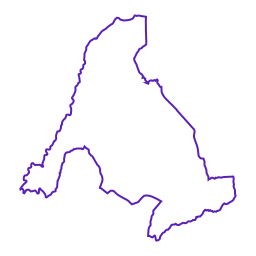 Las Naves, Bolivar, Ecuador (Equal Earth projection)
{"feature_id": "8360857B91548183775904", "entity_name": "Las Naves", "entity_type": "district", "adm_level": 2, "iso_a3": "ECU", "parent_name": "Ecuador", "parent_adm1": "Bolivar", "projection": "equal_earth", "projection_center": [-79.297, -1.282], "detail": "fine", "context": "isolated", "style": "outline", "palette": "violet", "viewbox_px": 256, "rotation_deg": 0, "n_neighbors": 0, "source": "geoboundaries", "source_scale": "gbopen_adm2", "svg_char_len": 5744}
<svg xmlns="http://www.w3.org/2000/svg" viewBox="0 0 256 256"><path d="M164.6,232.1L165.5,230.7L166.4,229.9L168.5,229.5L168.9,228.5L169.6,228.1L171.2,225.3L171.7,224.9L173.2,224.5L174.6,224.6L175.6,223.8L176.0,224.0L176.9,224.8L178.3,225.1L179.8,224.6L181.8,223.4L183.0,222.9L184.0,222.9L185.0,223.2L186.2,223.1L188.0,221.5L188.5,221.3L190.4,221.5L191.6,221.0L193.0,220.0L195.0,220.0L196.3,218.1L196.2,217.1L196.3,216.9L196.7,216.8L197.8,217.0L198.7,216.4L200.1,216.5L202.5,214.0L203.8,211.1L205.2,209.8L205.5,209.8L206.2,210.5L208.0,209.9L208.5,210.7L209.0,210.9L209.4,210.8L210.0,210.2L210.4,210.2L211.3,211.1L212.4,211.1L213.1,211.9L214.5,211.4L216.1,211.7L216.5,211.2L218.7,210.6L220.4,209.6L220.4,209.2L221.3,207.4L222.8,204.8L224.0,203.6L224.4,203.4L225.5,204.1L226.2,204.2L228.2,203.4L229.1,202.7L232.5,200.8L233.2,200.0L235.6,195.8L235.0,194.0L235.0,190.2L233.8,187.2L233.6,186.2L233.6,185.6L234.1,184.4L233.4,182.2L233.5,180.4L233.7,179.2L233.5,177.3L233.3,176.6L224.0,177.0L221.1,177.6L218.4,177.2L217.0,177.9L215.6,177.7L215.2,178.4L214.8,178.7L212.7,177.8L211.9,177.7L210.9,178.1L210.5,178.6L209.1,179.1L208.5,179.6L208.4,176.7L206.9,173.8L206.5,172.2L206.4,170.2L205.4,167.1L204.5,165.3L204.5,161.4L203.5,158.7L200.6,158.3L199.7,157.4L198.6,155.8L197.9,149.7L197.4,147.1L196.5,144.3L194.1,137.6L194.0,136.4L194.0,135.3L194.6,131.9L194.5,131.0L194.3,130.0L193.9,129.3L176.8,110.2L176.5,109.5L171.7,104.6L169.8,102.8L168.0,100.9L167.1,100.1L164.6,97.4L163.3,95.5L161.9,92.8L161.6,91.5L161.4,86.9L160.6,86.9L159.9,86.6L159.4,85.9L158.8,84.7L157.3,82.9L157.3,81.9L157.7,80.6L157.4,79.6L157.0,79.5L156.6,79.7L155.3,80.8L154.5,80.1L152.8,80.8L151.3,80.4L150.0,80.6L149.4,81.1L149.1,81.5L148.1,82.0L148.4,83.4L148.2,83.7L146.3,82.9L147.0,82.8L147.3,82.2L145.4,80.4L145.1,79.5L145.3,78.7L144.5,78.3L143.9,77.4L142.6,77.8L142.9,76.2L142.7,75.5L142.1,74.7L139.9,73.0L139.3,72.3L138.1,69.2L136.3,64.0L135.7,63.1L134.5,60.6L134.1,58.3L134.9,57.2L136.9,52.9L138.1,51.6L139.1,49.5L139.9,48.7L141.1,48.4L141.9,47.8L142.7,46.9L145.9,44.8L146.2,44.3L146.3,41.4L145.9,30.0L145.9,26.7L145.8,21.7L146.0,16.8L142.4,16.2L141.2,16.2L140.2,15.7L138.7,15.6L136.4,15.9L135.3,15.4L134.6,15.7L133.5,17.5L132.7,18.6L129.6,19.9L125.4,20.4L123.2,20.4L121.1,19.8L120.3,19.5L119.0,18.2L117.0,17.7L115.2,19.3L114.2,21.0L113.4,22.7L112.3,23.9L111.6,24.2L108.4,26.4L105.6,28.9L102.8,30.6L101.6,31.6L98.0,36.2L97.1,38.0L96.6,38.6L96.0,38.5L95.7,38.7L95.2,38.3L94.7,38.3L93.5,39.2L91.0,40.5L90.1,41.3L88.7,43.3L88.3,44.2L86.3,47.1L86.2,49.8L84.7,53.3L84.4,54.5L84.5,56.1L84.1,59.7L84.3,60.4L84.6,60.6L84.9,61.1L85.2,63.1L85.0,63.6L83.3,65.0L83.2,67.3L82.9,68.3L82.3,69.0L80.8,69.6L80.5,70.1L80.5,71.0L80.9,72.2L80.9,72.9L80.5,73.5L80.0,73.8L78.9,74.1L78.7,74.4L78.6,75.0L79.2,76.9L79.8,81.8L79.6,82.3L78.4,83.0L78.1,83.4L77.7,84.5L76.9,85.7L75.8,86.5L75.5,86.8L75.4,87.2L75.5,90.6L75.4,91.1L74.1,94.3L73.0,96.2L72.0,97.7L72.1,98.5L73.0,99.5L73.6,100.4L73.6,100.9L73.5,101.7L73.2,102.4L72.4,103.5L71.9,104.0L70.6,104.7L70.4,105.2L70.3,105.8L70.4,106.3L71.2,108.8L71.2,111.0L70.9,113.8L70.4,114.8L70.0,115.1L69.5,115.2L68.7,114.8L67.6,114.6L66.7,114.7L66.4,115.0L65.6,117.6L64.7,118.8L63.9,119.5L62.5,121.4L62.1,122.2L62.0,123.1L62.1,123.9L62.0,124.5L61.0,125.7L60.9,128.0L60.4,129.6L59.8,130.7L59.0,131.3L57.6,131.4L57.2,132.0L56.6,133.5L56.0,136.1L56.2,138.3L56.1,139.0L55.7,139.8L54.4,141.4L54.1,141.3L53.7,141.9L52.7,144.3L52.2,145.1L51.8,145.6L50.8,146.1L50.4,146.5L50.3,148.8L50.0,149.3L49.1,149.6L46.9,149.3L46.3,149.6L46.1,149.9L45.9,150.3L46.0,151.3L46.5,152.4L47.3,153.5L47.3,154.3L46.9,154.8L44.8,155.1L44.4,155.8L44.1,159.0L42.4,163.8L42.4,164.2L43.1,166.0L42.9,166.7L42.4,166.8L41.9,166.6L40.4,165.0L39.8,164.8L36.2,164.9L35.4,165.0L34.8,164.9L33.1,163.3L32.5,163.1L32.2,163.1L31.6,163.7L31.2,164.6L31.3,166.3L31.0,167.3L30.4,167.7L29.0,168.0L28.3,168.5L28.2,169.7L28.9,171.4L29.0,172.6L27.2,174.9L26.4,175.3L24.8,175.5L24.2,176.3L24.0,177.0L23.7,178.6L23.7,179.3L24.0,180.2L24.5,180.4L25.9,180.5L26.4,180.9L26.5,181.7L25.9,182.4L23.9,184.1L23.1,185.0L20.9,187.9L20.4,188.8L20.5,189.4L21.4,188.8L22.4,188.8L23.1,189.6L23.6,190.6L23.3,192.6L23.7,193.1L24.2,193.3L25.4,191.6L26.3,190.0L28.3,189.6L29.4,190.2L30.8,191.4L31.9,191.3L35.2,190.5L35.9,191.1L37.4,193.4L38.4,193.5L38.8,193.0L39.0,189.8L39.2,189.0L39.4,188.6L39.9,188.4L40.3,188.7L40.9,189.8L42.9,191.3L44.7,193.7L45.5,195.1L45.8,197.2L46.1,197.4L47.1,197.1L48.5,195.9L51.0,194.5L51.7,193.0L52.9,191.9L55.5,191.3L55.6,189.2L56.2,188.7L57.1,187.1L57.6,180.7L58.0,180.2L59.7,175.9L59.9,174.7L59.6,173.3L59.7,172.8L60.4,172.7L60.5,172.3L60.7,170.0L61.4,168.7L61.5,166.2L62.2,164.8L62.2,163.9L62.7,162.9L63.1,162.7L63.9,161.9L64.2,161.1L64.1,158.3L64.6,156.6L64.7,154.9L66.0,152.8L66.4,152.5L69.2,152.1L70.0,151.8L70.8,150.8L72.5,150.4L74.0,149.0L74.8,149.2L76.9,148.5L81.4,148.5L81.6,148.9L82.1,149.1L83.0,149.0L83.6,148.3L84.6,146.5L85.8,147.8L87.8,149.0L88.6,149.7L88.8,150.2L88.7,151.6L89.3,153.5L91.0,155.4L92.4,156.3L97.3,164.8L98.8,166.3L99.5,167.4L100.0,169.2L100.2,171.7L100.5,173.6L101.4,174.9L102.2,176.9L102.5,179.5L102.3,181.2L99.9,187.5L99.9,187.9L101.1,188.3L107.4,193.3L110.4,190.9L111.1,190.7L113.1,190.8L113.7,191.1L116.9,194.1L118.9,195.5L122.4,197.5L126.7,199.8L128.3,200.8L131.9,204.3L137.7,202.3L138.6,201.6L141.5,198.2L143.3,196.5L144.2,195.8L145.6,195.5L148.1,195.5L151.7,196.5L156.9,198.9L161.2,201.3L153.3,210.7L153.3,214.2L151.8,215.9L151.5,217.1L151.3,218.9L150.5,221.2L150.6,225.1L149.1,227.3L148.5,229.7L148.1,236.0L149.5,236.0L152.2,237.4L153.0,237.0L154.0,235.9L154.7,235.6L155.0,236.0L155.4,237.1L155.9,239.7L156.1,240.3L156.6,240.6L157.5,240.5L159.4,239.4L159.8,238.7L160.2,236.6L162.5,233.3L163.0,232.8L164.6,232.1Z" fill="none" stroke="#5b21b6" stroke-width="2"/></svg>